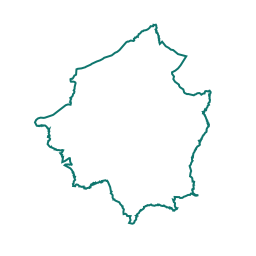 Mafeteng, Mafeteng, Lesotho (Albers equal-area conic projection), rotated 76°
{"feature_id": "5366337B69820143482286", "entity_name": "Mafeteng", "entity_type": "district", "adm_level": 2, "iso_a3": "LSO", "parent_name": "Lesotho", "parent_adm1": "Mafeteng", "projection": "albers", "projection_center": [27.27, -29.817], "detail": "fine", "context": "isolated", "style": "outline", "palette": "teal", "viewbox_px": 256, "rotation_deg": 76, "n_neighbors": 0, "source": "geoboundaries", "source_scale": "gbopen_adm2", "svg_char_len": 5833}
<svg xmlns="http://www.w3.org/2000/svg" viewBox="0 0 256 256"><g transform="rotate(76 128 128)"><path d="M113.2,39.1L111.5,39.8L111.5,40.2L112.1,40.9L111.1,43.1L111.0,44.0L111.1,44.3L113.0,45.4L112.7,46.4L113.4,48.8L112.3,49.3L111.3,50.4L111.1,52.4L111.8,54.3L111.7,55.3L112.2,56.2L109.6,61.3L109.4,62.5L107.9,64.4L107.1,64.9L103.9,65.0L101.0,67.7L99.4,68.2L98.2,68.1L94.5,71.2L91.5,72.2L89.2,70.9L86.3,72.1L84.6,71.8L83.8,68.3L82.3,65.0L79.9,61.8L72.5,54.1L68.4,61.6L63.3,65.3L62.3,67.5L60.1,69.1L57.8,71.6L52.5,74.0L54.1,76.8L52.2,76.9L50.8,76.5L50.2,76.8L49.5,76.5L49.2,76.1L48.7,76.5L47.7,76.5L47.4,76.1L46.9,76.3L46.3,75.8L45.7,76.2L43.3,76.3L43.2,76.7L42.2,77.5L41.9,77.4L41.9,76.9L40.8,77.3L40.6,76.8L39.0,77.4L38.6,76.5L37.7,75.9L37.1,76.1L35.3,75.8L34.5,76.0L34.4,77.9L34.1,78.3L35.2,78.8L34.9,79.3L35.2,80.1L34.7,81.4L36.1,82.9L37.1,85.1L37.4,87.0L37.2,89.4L37.7,90.0L37.6,91.3L39.2,93.4L39.5,94.9L41.0,95.8L41.4,96.6L41.8,96.6L41.4,97.3L42.2,98.4L42.0,99.2L42.4,99.3L42.8,100.6L44.4,100.7L44.9,101.5L43.8,104.2L44.3,106.7L44.0,107.5L44.4,109.0L50.3,117.4L51.5,120.0L51.9,122.4L53.6,126.2L54.1,134.1L54.9,135.9L55.6,138.7L55.9,142.2L57.0,147.8L57.5,148.8L58.4,153.9L58.7,154.6L58.9,158.7L58.4,162.5L58.6,163.8L63.7,165.5L64.2,167.4L66.1,169.1L66.8,170.1L66.5,171.1L66.7,172.0L68.6,172.3L69.3,172.1L69.9,169.4L71.0,168.1L71.8,168.0L75.4,169.9L77.2,170.4L78.4,171.6L79.4,171.1L81.0,171.8L81.8,173.1L83.4,173.9L84.3,175.2L84.9,176.7L86.0,176.1L87.2,177.2L88.2,177.2L88.8,178.0L89.9,177.3L91.5,178.1L90.6,180.5L90.8,182.9L97.1,197.3L97.3,198.7L97.9,206.1L97.8,207.4L96.8,210.3L96.9,212.9L97.9,215.1L100.0,216.9L103.7,216.0L104.4,214.4L104.2,214.3L104.3,213.5L104.8,213.0L104.3,211.6L105.2,211.1L104.8,210.3L105.2,209.9L105.0,209.6L105.5,207.9L107.0,206.7L108.6,206.2L108.9,205.7L109.7,205.7L110.3,205.2L110.1,204.8L110.9,205.3L111.6,205.2L111.8,205.8L112.5,205.3L114.0,206.3L116.5,205.9L116.5,207.5L117.4,207.9L117.9,206.9L119.7,206.2L120.6,206.8L121.2,208.4L121.8,208.4L122.0,208.8L124.2,209.9L126.7,208.7L127.8,207.9L128.1,207.1L127.9,206.9L128.5,206.7L130.5,204.1L131.0,204.3L131.2,203.1L131.8,203.0L132.4,201.8L132.7,200.3L133.4,199.3L133.5,197.0L133.9,196.3L135.4,197.6L136.2,198.9L136.1,199.8L137.4,199.3L138.0,198.4L139.0,199.0L140.3,198.8L140.3,198.0L145.2,200.0L144.8,197.2L143.0,192.3L143.3,191.7L146.1,192.2L147.7,192.2L149.6,191.4L150.0,191.7L149.4,192.8L149.5,193.5L148.9,194.7L148.4,196.9L148.3,197.6L148.8,198.5L153.3,193.6L155.9,192.4L156.9,192.4L157.3,192.0L157.8,192.4L158.2,192.0L158.4,192.3L159.8,191.6L160.9,192.3L161.2,191.8L162.3,192.2L162.6,191.2L164.1,192.1L165.5,191.8L166.6,193.5L168.6,194.2L169.0,195.0L170.2,194.9L171.0,195.3L171.7,193.3L170.8,192.8L170.3,191.8L170.9,190.4L172.4,189.4L172.9,189.4L172.9,188.7L173.8,187.5L174.1,185.2L174.9,185.4L175.3,184.5L176.1,184.9L176.8,183.4L176.4,182.3L176.5,180.5L176.8,179.9L176.0,179.5L176.3,178.7L175.2,178.4L174.7,177.2L174.1,177.6L173.8,177.3L173.9,176.9L173.5,176.0L174.0,175.9L173.3,175.1L173.9,174.9L173.1,174.4L173.3,173.9L173.4,174.1L174.0,173.9L173.3,172.8L174.1,172.7L173.7,170.8L173.9,169.9L173.2,168.6L173.5,168.5L174.0,167.4L174.4,167.3L174.3,166.4L174.2,166.2L173.4,166.8L173.1,166.4L173.3,162.5L174.2,161.6L174.1,161.0L175.4,160.5L181.1,159.6L185.1,159.9L185.7,159.3L187.1,160.5L188.9,159.3L189.8,159.2L191.7,159.8L193.3,159.5L193.8,158.8L194.0,159.0L194.1,158.6L195.3,157.9L198.0,154.4L200.3,153.8L201.6,152.9L202.7,152.7L202.8,152.2L204.3,152.5L205.9,151.7L208.3,152.8L210.5,153.1L210.6,151.2L211.6,150.3L213.1,150.1L214.1,146.9L215.4,147.9L218.0,147.8L220.4,149.9L221.9,147.0L221.8,145.6L221.1,144.7L220.0,144.2L218.7,142.2L216.9,141.8L216.8,141.4L215.5,141.3L215.5,140.9L215.1,141.2L215.1,140.5L214.8,140.7L213.9,140.0L213.1,138.0L211.6,136.7L211.4,135.9L211.0,136.0L210.6,135.4L210.9,134.9L210.7,134.0L210.0,132.3L209.4,131.8L208.4,131.6L208.3,129.9L208.0,129.6L208.0,128.3L207.7,128.1L207.6,127.5L208.2,126.3L207.8,124.1L208.9,123.3L209.9,120.9L209.6,119.7L210.0,118.3L209.4,117.5L209.6,117.1L210.2,116.9L210.0,116.1L211.1,115.1L212.0,113.5L212.1,112.9L211.8,112.3L212.1,111.6L212.6,111.6L213.5,110.2L214.3,109.8L214.5,108.7L215.3,107.7L215.1,107.0L216.1,106.7L215.7,106.2L216.2,105.9L216.2,105.1L217.3,104.9L218.5,104.0L219.1,104.1L219.4,103.0L218.5,101.9L218.5,100.3L217.8,99.7L217.7,100.1L216.1,101.3L214.7,101.4L212.5,100.6L211.8,100.7L211.1,101.4L208.4,101.6L209.1,100.5L208.8,100.0L207.8,99.5L206.2,99.4L207.5,94.9L208.3,94.6L208.6,94.0L208.9,92.0L208.2,90.5L208.1,88.8L207.5,85.9L207.9,83.9L206.9,82.9L207.0,82.2L209.8,79.2L210.2,78.1L210.2,76.0L209.4,78.7L207.3,80.3L206.3,80.7L204.7,80.5L203.8,80.8L202.9,80.3L202.8,79.8L203.2,79.6L203.0,78.9L199.3,78.4L199.2,77.9L198.8,78.1L196.2,76.8L195.7,77.3L195.6,78.3L192.3,77.8L191.1,78.3L189.9,79.5L186.7,78.2L185.0,77.1L179.7,77.4L178.7,75.9L177.0,75.0L175.5,73.3L175.2,73.6L173.8,73.5L172.9,73.2L172.7,72.7L172.2,72.7L172.0,73.0L170.9,72.1L171.3,71.8L168.6,70.8L166.8,68.9L165.9,68.6L165.8,68.1L164.6,67.3L164.8,67.0L163.9,66.5L162.6,65.0L162.6,64.4L161.9,62.6L161.1,62.2L160.3,62.4L159.6,61.9L158.2,62.1L158.1,61.8L158.7,61.5L158.6,61.1L157.9,61.0L157.5,61.4L157.5,60.2L156.8,59.8L156.6,59.3L155.9,59.3L155.5,58.5L154.0,57.6L153.6,56.9L153.2,56.7L153.1,56.2L151.2,54.1L150.9,53.0L149.7,52.3L149.1,52.4L147.6,51.6L146.3,50.2L146.0,49.3L144.5,48.7L144.2,49.0L144.4,49.5L144.0,49.6L143.3,48.8L142.9,48.8L142.5,49.6L141.7,49.2L141.1,49.6L140.5,49.3L140.0,49.8L138.9,49.5L138.4,49.8L135.5,50.1L135.0,50.4L134.0,50.3L133.6,50.8L132.1,50.9L131.9,51.7L131.4,51.5L131.2,50.7L130.5,51.1L130.6,50.1L128.7,48.8L129.7,48.1L129.6,47.9L127.9,47.2L126.9,45.9L125.7,45.3L125.1,43.8L123.8,44.2L122.9,43.4L122.7,42.6L120.9,41.8L119.9,41.6L119.3,41.9L117.5,41.2L116.6,41.5L116.1,40.9L115.6,41.3L115.0,41.2L115.1,40.5L114.4,39.7L113.2,39.1Z" fill="none" stroke="#0f766e" stroke-width="2"/></g></svg>